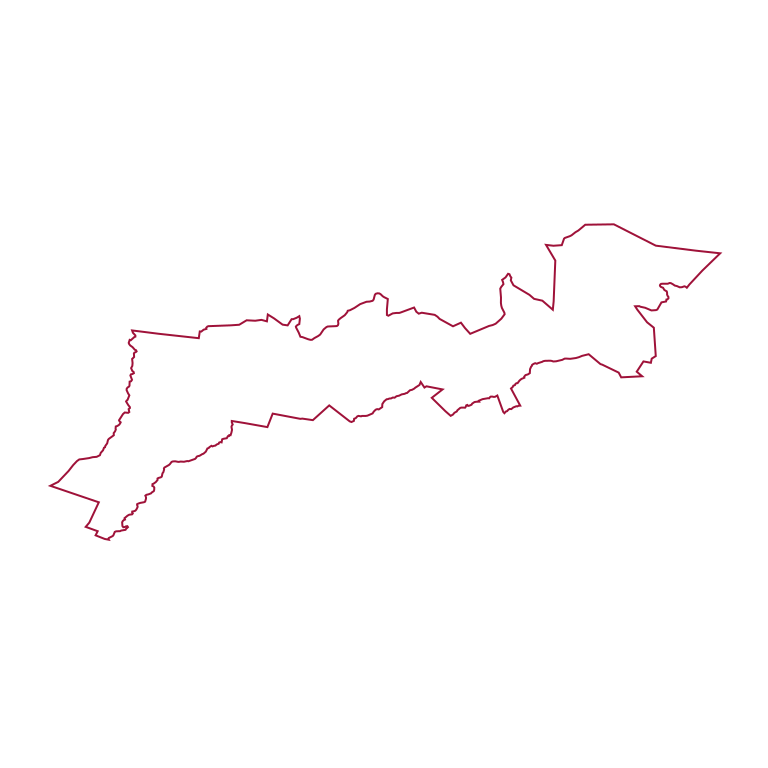 Ainabkoi, Rift Valley, Kenya, rotated 275°
{"feature_id": "3690345B95414198105650", "entity_name": "Ainabkoi", "entity_type": "district", "adm_level": 2, "iso_a3": "KEN", "parent_name": "Kenya", "parent_adm1": "Rift Valley", "projection": "robinson", "projection_center": [35.44, 0.313], "detail": "fine", "context": "isolated", "style": "outline", "palette": "rose", "viewbox_px": 768, "rotation_deg": 275, "n_neighbors": 0, "source": "geoboundaries", "source_scale": "gbopen_adm2", "svg_char_len": 6157}
<svg xmlns="http://www.w3.org/2000/svg" viewBox="0 0 768 768"><g transform="rotate(275 384 384)"><path d="M415.4,128.4L413.2,129.4L410.7,132.1L409.5,132.2L409.0,131.2L405.5,127.9L405.8,126.8L402.7,126.1L401.5,126.7L400.3,127.8L398.8,130.3L396.4,132.8L396.0,134.1L394.9,134.7L394.2,134.0L393.5,132.7L392.7,132.2L389.1,132.7L387.0,130.9L383.0,131.7L380.1,131.7L377.8,130.7L375.1,132.1L374.2,133.5L373.0,133.9L372.1,132.6L371.5,131.0L370.4,130.6L366.2,132.6L364.7,131.8L364.2,130.4L360.1,130.6L359.2,130.2L358.2,128.9L356.9,128.1L355.5,128.1L352.3,129.9L350.5,131.3L345.8,129.9L345.1,129.1L344.1,128.6L340.8,131.0L338.9,132.8L338.0,133.0L336.7,131.8L333.9,132.7L333.0,131.7L333.0,128.2L331.3,126.6L324.8,123.2L323.6,123.9L322.9,125.0L321.8,124.6L320.4,123.8L319.0,122.1L318.3,120.5L316.1,120.5L315.3,120.8L313.4,120.2L311.5,119.0L309.4,119.3L305.3,114.6L304.1,113.9L300.7,113.4L298.1,111.8L296.7,111.6L296.1,110.6L293.5,109.9L290.7,107.8L288.3,107.2L286.4,104.1L285.7,100.1L284.5,96.7L283.0,90.5L282.3,87.0L280.4,84.8L276.1,81.4L269.8,77.3L258.1,68.0L253.5,60.5L241.3,110.2L220.2,102.5L215.7,99.3L212.4,111.6L208.1,109.9L205.3,119.3L204.9,123.4L205.8,122.8L206.6,123.3L208.9,127.0L209.7,127.6L213.2,128.7L213.9,130.0L214.4,133.9L215.1,135.0L216.2,139.2L217.1,139.6L219.1,141.4L220.0,140.7L219.7,139.4L218.9,138.2L218.6,136.8L219.7,135.8L223.4,135.2L224.7,135.7L225.9,136.8L226.4,137.8L227.7,137.2L230.5,140.0L231.6,141.6L232.2,144.4L233.1,145.0L234.0,144.3L235.0,144.3L235.4,145.8L236.1,147.3L237.3,148.2L239.8,149.2L240.8,149.2L241.6,148.7L242.7,148.5L243.4,149.5L244.3,151.5L245.3,155.2L246.0,156.3L249.1,156.9L250.3,156.8L252.0,156.0L252.9,157.0L253.6,159.1L254.8,161.5L255.7,162.1L257.2,164.0L258.5,164.3L260.8,164.2L261.8,163.4L262.3,162.1L264.1,162.1L264.6,163.1L266.4,165.2L268.7,166.8L270.1,166.6L270.7,167.4L271.6,169.8L272.4,170.7L275.7,171.1L277.0,171.9L279.7,172.4L280.7,172.1L281.6,172.5L284.5,176.7L285.4,177.6L287.9,179.2L288.5,180.5L288.8,182.8L288.5,185.6L288.6,186.7L289.0,188.1L289.1,191.5L290.1,194.7L290.0,195.9L292.9,202.3L293.8,203.1L295.3,203.8L296.0,205.1L296.4,206.5L298.4,209.2L298.8,210.2L301.1,212.4L304.4,213.7L304.9,214.9L305.8,215.5L307.4,217.5L306.9,218.6L307.5,219.8L308.0,221.5L309.1,222.5L310.1,224.5L311.3,224.9L311.9,226.2L311.7,227.3L314.8,227.6L315.4,228.8L316.3,232.1L318.4,233.0L318.6,234.1L319.6,234.3L319.6,235.6L322.1,236.2L325.1,236.6L328.0,235.8L329.4,236.1L330.4,236.8L332.6,235.7L333.9,235.6L332.9,249.1L330.9,271.6L344.8,275.7L342.0,303.7L342.4,305.7L341.8,316.3L357.9,331.3L343.8,353.1L343.3,354.9L344.6,357.2L346.8,357.3L347.5,358.8L349.4,360.2L350.0,361.3L349.8,364.0L350.3,364.9L350.6,368.6L351.0,370.2L353.7,375.2L355.6,376.2L357.4,377.7L358.1,378.6L358.4,379.9L358.2,381.0L360.8,384.2L363.9,384.1L366.8,385.7L369.0,387.9L369.3,389.3L370.0,390.6L370.2,392.2L371.3,394.0L371.3,395.8L372.9,397.5L373.7,400.1L375.2,402.5L376.0,405.4L376.7,406.5L377.1,407.8L380.0,410.4L380.7,412.5L382.1,414.6L383.0,415.4L386.1,419.4L389.2,420.4L384.0,424.6L385.4,426.5L383.7,442.8L374.4,432.8L362.2,447.6L358.1,453.2L359.5,455.3L361.5,456.7L363.0,458.9L364.2,459.4L366.9,462.1L367.3,463.5L367.5,466.9L368.6,467.5L369.9,467.8L370.4,468.8L369.5,469.7L369.9,471.0L371.0,473.0L372.1,473.5L373.9,475.7L374.4,477.7L374.7,480.4L375.6,479.9L377.5,483.5L378.9,488.8L378.9,490.0L380.1,490.7L380.8,491.6L380.9,493.1L380.7,494.2L380.9,495.7L382.4,497.9L366.6,505.2L365.4,506.5L367.2,507.8L367.7,509.0L369.2,510.1L370.1,511.3L370.1,513.0L371.9,514.8L373.4,517.8L373.3,518.8L374.0,519.8L374.3,521.6L390.6,510.9L392.1,512.4L393.6,513.0L394.3,514.5L395.4,514.9L396.3,515.8L396.5,517.0L399.1,518.6L400.2,519.6L401.1,520.6L402.5,523.3L403.5,523.0L405.2,524.2L406.1,526.5L407.5,528.3L411.5,528.2L414.2,529.1L415.1,529.8L416.0,529.9L417.1,531.3L417.9,532.8L417.5,534.5L418.2,535.6L419.9,539.7L420.6,540.7L421.1,542.3L421.7,547.6L421.6,549.2L421.2,550.6L421.6,553.4L423.6,559.5L425.0,561.7L425.2,563.1L425.3,567.3L426.6,572.9L427.7,575.8L429.3,578.9L431.5,585.3L422.7,597.9L422.3,599.7L415.8,616.8L411.3,619.7L414.2,640.5L418.3,634.7L429.1,640.5L428.4,648.0L432.6,648.5L435.5,652.3L463.6,647.9L468.4,640.7L480.2,629.8L483.3,627.4L483.8,631.5L483.3,632.8L482.7,637.5L480.6,644.0L481.3,648.5L482.0,649.8L489.5,653.3L490.8,657.8L492.8,658.0L493.0,659.0L494.2,659.9L495.6,659.7L496.6,658.8L497.8,658.2L499.4,658.1L500.9,657.6L502.1,655.1L504.2,653.6L504.8,651.5L505.4,650.7L506.2,650.3L507.1,650.5L507.9,651.3L508.1,652.4L508.6,657.9L509.5,659.7L509.5,660.9L508.6,663.0L507.4,665.1L507.1,667.2L506.1,670.2L506.4,672.3L507.5,674.7L507.2,676.0L506.3,677.3L509.8,679.6L524.8,691.3L543.5,707.5L544.0,683.3L545.5,642.7L563.1,599.1L560.2,570.6L553.8,564.2L551.9,561.5L548.5,557.9L547.5,556.3L545.3,551.5L544.5,550.7L537.8,549.0L536.5,540.7L536.7,533.3L521.9,543.9L481.1,545.8L472.7,545.7L480.8,534.5L481.9,526.1L485.5,521.1L493.6,504.4L498.3,501.3L501.1,501.6L502.1,500.6L504.3,499.4L504.6,498.0L500.8,495.8L498.0,492.6L496.1,493.6L493.9,494.3L490.9,492.3L489.1,491.5L480.4,493.0L474.9,493.4L472.3,494.0L470.1,494.8L465.5,497.7L464.0,498.1L459.3,495.2L453.8,490.0L452.2,487.1L451.0,483.6L441.5,465.5L446.8,459.8L451.8,455.3L447.5,447.7L453.7,433.7L455.7,431.4L457.3,428.5L458.3,415.4L457.1,412.5L458.8,409.9L462.8,407.3L456.6,394.2L456.1,392.9L455.9,390.3L455.1,386.5L452.4,382.4L453.0,380.9L458.6,380.4L469.0,380.4L470.5,376.6L471.3,375.1L473.1,372.9L473.8,371.5L473.8,369.6L473.1,367.8L471.9,367.1L467.2,366.3L465.9,365.4L464.9,362.6L464.4,359.4L461.5,353.3L457.2,347.9L454.5,343.6L453.8,341.5L452.3,341.1L449.1,338.9L445.8,335.0L444.1,333.3L443.0,332.7L440.0,333.3L438.6,333.0L437.9,332.4L437.5,331.4L436.4,323.0L435.7,321.7L433.1,319.1L427.7,316.1L426.1,314.3L423.7,310.7L421.8,308.5L421.6,306.8L422.0,304.5L423.6,298.7L423.8,296.6L427.7,294.6L432.6,291.5L433.6,291.2L435.2,292.6L436.3,294.4L441.8,294.5L444.2,293.7L442.3,291.1L440.7,287.9L440.5,286.3L434.0,282.9L434.3,277.8L439.8,268.7L443.1,262.2L436.2,261.9L437.2,256.3L435.8,250.2L435.5,241.6L430.4,234.6L429.1,226.3L426.3,204.0L425.8,203.0L424.5,202.0L423.4,202.3L422.4,199.6L420.3,197.4L420.3,195.9L413.5,195.5L414.4,155.1L415.4,128.4Z" fill="none" stroke="#9f1239" stroke-width="2"/></g></svg>